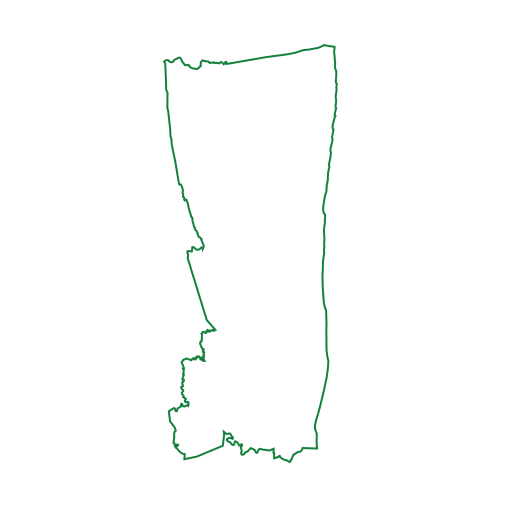 Umkhanyakude, KwaZulu-Natal, South Africa (Equal Earth projection), rotated 350°
{"feature_id": "47623444B87808740966359", "entity_name": "Umkhanyakude", "entity_type": "district", "adm_level": 2, "iso_a3": "ZAF", "parent_name": "South Africa", "parent_adm1": "KwaZulu-Natal", "projection": "equal_earth", "projection_center": [32.054, -27.662], "detail": "fine", "context": "isolated", "style": "outline", "palette": "green", "viewbox_px": 512, "rotation_deg": 350, "n_neighbors": 0, "source": "geoboundaries", "source_scale": "gbopen_adm2", "svg_char_len": 6083}
<svg xmlns="http://www.w3.org/2000/svg" viewBox="0 0 512 512"><g transform="rotate(350 256 256)"><path d="M268.5,453.2L282.6,456.2L283.5,448.8L284.8,442.9L284.9,441.1L284.2,437.0L284.4,434.7L284.8,432.7L287.0,427.4L289.0,423.7L293.3,414.6L300.0,399.0L304.6,387.7L307.6,378.0L309.0,372.1L308.8,367.0L309.1,361.0L312.2,342.3L313.6,335.4L315.3,323.8L315.6,321.0L315.1,319.9L314.6,314.6L316.4,297.6L317.9,287.6L319.7,279.8L320.7,274.4L322.3,268.9L323.6,265.1L324.1,261.6L325.0,258.5L325.0,257.2L326.5,250.2L327.4,242.2L329.5,235.5L330.4,231.0L331.0,229.3L331.2,226.9L330.5,226.2L330.1,224.2L330.2,222.0L330.6,219.5L334.3,208.9L336.8,204.2L336.8,203.5L338.0,198.5L340.1,193.2L340.1,192.3L341.5,186.5L342.4,183.9L343.7,181.2L343.8,180.5L343.6,179.3L344.0,177.7L346.3,172.0L347.4,168.3L347.8,166.8L347.6,165.6L348.0,163.3L351.5,155.1L351.7,154.1L351.5,153.0L351.7,151.9L354.3,144.8L353.8,144.3L353.7,143.9L353.7,142.6L354.1,140.8L357.9,132.5L358.5,132.0L357.9,131.4L358.1,130.3L359.7,126.1L360.7,124.4L360.3,123.5L360.3,122.5L362.0,116.9L361.9,116.1L362.2,112.5L363.9,107.3L364.2,106.1L364.4,103.8L365.5,100.5L365.4,100.1L364.9,99.5L364.9,98.2L365.3,96.3L366.2,93.2L366.6,90.7L367.1,88.8L367.0,87.1L366.6,85.5L366.5,84.4L367.6,79.0L367.5,78.2L368.2,71.8L368.2,69.5L369.7,63.7L359.9,60.3L359.9,60.5L359.8,60.3L359.3,60.3L353.7,61.8L344.5,61.9L338.2,61.5L329.7,62.7L321.9,62.8L300.4,61.9L260.5,61.8L260.5,59.8L260.3,59.6L259.4,59.7L259.0,60.8L257.6,61.7L256.5,59.9L255.7,59.0L254.9,59.0L253.4,59.9L251.1,59.0L249.7,59.1L248.3,58.0L247.4,58.3L245.2,57.7L244.0,58.0L243.7,57.7L243.4,56.7L242.5,56.0L240.4,55.6L237.2,54.1L236.4,54.6L235.1,56.0L235.0,57.0L234.7,57.8L234.6,59.2L234.5,59.5L233.2,60.0L231.1,61.5L230.4,61.6L227.1,60.6L225.4,59.8L223.4,58.0L223.1,56.5L222.8,56.1L219.7,55.9L219.1,55.6L216.9,51.3L216.3,48.4L215.4,47.4L214.1,47.3L212.6,47.9L210.2,48.5L209.1,49.0L208.1,50.3L207.0,50.6L205.4,50.3L204.2,49.1L203.8,48.2L203.4,47.8L202.1,47.6L200.3,47.9L199.2,48.6L200.0,51.0L197.3,71.3L196.4,76.5L197.2,79.8L194.3,95.3L194.7,96.5L194.3,104.4L193.4,117.2L192.5,123.4L192.9,124.7L192.9,126.8L192.4,131.2L192.9,149.3L192.7,170.8L192.8,172.0L193.1,172.4L194.3,172.4L195.2,175.1L195.4,178.8L195.3,179.4L194.7,180.5L195.0,182.8L194.4,185.1L195.5,186.0L195.1,188.2L195.5,188.9L197.1,188.5L198.0,192.8L198.1,197.5L199.0,205.1L199.0,206.4L199.9,207.2L199.6,210.9L200.0,214.5L200.0,216.1L200.7,217.5L200.4,218.2L200.9,220.0L201.5,220.5L202.5,222.8L202.1,223.2L202.9,227.2L204.0,228.0L205.3,229.8L204.9,230.3L205.9,234.7L206.3,237.3L204.7,240.0L204.6,238.9L203.9,238.1L201.5,239.5L199.7,239.8L198.2,239.2L196.5,236.8L195.4,236.2L194.9,236.2L194.7,236.5L194.2,238.9L193.5,240.4L191.4,239.7L189.5,239.4L189.3,239.5L189.0,240.5L189.3,242.3L189.1,244.1L188.6,245.7L188.3,245.9L196.4,310.6L202.9,321.3L202.5,321.2L202.1,321.7L201.6,321.7L201.8,322.2L201.4,322.2L201.3,321.5L200.9,321.7L200.7,321.5L199.9,321.8L199.2,321.5L198.6,321.8L198.3,321.6L197.7,322.2L197.5,321.9L197.2,322.4L196.6,322.0L196.2,322.1L195.9,321.7L196.0,321.1L195.6,320.8L195.5,320.5L194.4,321.1L194.4,321.8L193.9,322.3L194.0,322.7L193.6,323.1L193.2,323.1L192.8,322.9L192.9,322.7L191.5,321.7L191.1,321.9L190.9,321.7L190.1,321.8L189.3,322.9L188.8,323.2L189.2,324.7L188.5,326.4L188.5,328.3L188.0,328.9L187.5,329.8L187.7,330.4L186.2,331.2L186.2,331.8L185.8,332.2L185.7,332.7L186.0,333.9L186.2,335.6L186.9,337.0L186.8,337.5L187.3,338.4L188.2,338.7L187.7,339.4L187.8,340.0L187.4,339.9L187.4,340.7L187.0,341.0L187.7,341.7L187.5,341.9L187.5,342.4L187.9,342.5L187.5,343.0L187.4,343.8L187.6,344.2L187.3,344.4L187.4,344.6L187.0,344.8L187.3,345.2L187.2,346.4L186.3,346.9L186.3,347.7L186.0,347.9L186.5,347.9L186.6,349.6L186.9,349.6L187.1,350.4L186.1,350.2L183.7,348.2L183.7,347.8L184.3,346.8L183.1,347.1L182.8,345.2L181.9,344.9L181.1,345.2L180.6,344.6L179.8,345.0L179.8,346.1L179.1,346.0L179.0,346.4L178.5,346.4L178.6,347.1L178.3,347.4L177.6,347.2L177.4,346.6L177.0,346.6L176.9,345.8L176.5,345.7L175.3,346.3L174.3,347.5L169.9,344.9L169.2,344.9L168.9,345.3L166.3,345.6L166.0,346.2L164.3,347.7L164.4,349.0L165.0,350.4L165.6,354.4L165.4,354.6L164.6,354.4L165.0,355.5L164.7,357.1L164.5,358.2L163.6,359.6L163.6,360.0L164.1,360.1L164.4,360.6L163.7,361.3L163.2,362.6L162.0,364.3L162.0,365.0L163.4,365.4L163.3,366.3L162.9,367.0L161.3,367.9L161.2,369.4L161.6,370.5L161.4,371.7L160.7,372.0L159.8,371.8L159.5,372.1L159.5,373.0L159.9,374.0L161.1,375.7L160.6,376.5L159.4,377.6L159.1,378.4L159.3,379.2L160.5,381.5L159.8,382.4L162.1,384.4L161.8,385.3L160.8,386.0L160.8,386.8L161.7,387.9L163.5,387.8L164.1,388.3L163.7,390.6L163.2,391.8L162.4,390.9L162.1,391.0L162.0,391.3L159.2,391.8L157.6,390.9L157.7,389.3L156.9,388.6L156.0,390.1L155.6,391.3L152.4,392.5L151.9,393.2L151.5,394.5L151.0,395.1L150.0,394.7L149.6,392.1L148.6,391.5L143.2,393.7L142.7,404.0L146.3,411.1L146.2,412.0L146.7,413.6L146.3,414.6L145.1,415.2L144.5,417.2L143.9,420.7L142.3,425.6L143.1,426.1L143.1,428.6L144.9,427.9L146.2,428.1L146.5,428.5L146.4,429.0L145.9,429.3L144.4,429.1L143.7,430.3L143.6,430.8L144.7,431.5L145.3,433.1L147.6,436.4L150.0,438.3L151.4,438.7L150.2,443.7L162.8,443.3L190.4,437.1L193.6,426.4L193.8,423.5L195.5,425.7L196.1,426.1L199.6,426.3L200.0,427.0L200.3,428.3L201.5,430.4L201.7,431.5L201.2,432.1L199.2,430.8L197.8,430.6L196.3,430.9L195.6,431.3L195.3,431.8L195.4,432.5L196.0,433.4L196.6,434.0L198.0,434.6L199.6,437.6L200.9,438.2L201.7,438.0L202.8,435.4L203.4,434.9L204.6,435.7L205.5,436.8L206.6,439.8L207.3,439.9L208.8,438.9L209.3,439.0L209.4,440.2L207.8,442.0L208.2,445.1L207.1,447.3L207.3,448.9L208.0,449.4L209.9,449.1L211.3,447.4L213.5,447.2L217.3,444.3L219.8,445.7L221.3,447.3L221.8,449.5L222.2,450.0L223.4,449.7L224.5,447.8L225.1,447.1L226.1,446.5L229.0,447.8L235.7,449.9L239.8,448.9L239.1,453.0L239.6,453.1L238.8,458.4L240.1,458.1L240.9,458.2L241.7,457.8L242.9,458.0L243.8,457.1L244.6,457.0L244.8,457.2L244.7,457.6L245.0,458.4L246.9,460.4L249.4,462.2L250.7,462.4L252.4,464.2L253.7,464.7L254.4,464.2L254.6,462.9L256.0,462.1L256.4,461.3L258.3,458.3L263.5,456.2L265.5,456.4L266.2,456.1L267.6,455.0L268.5,453.2Z" fill="none" stroke="#15803d" stroke-width="2"/></g></svg>